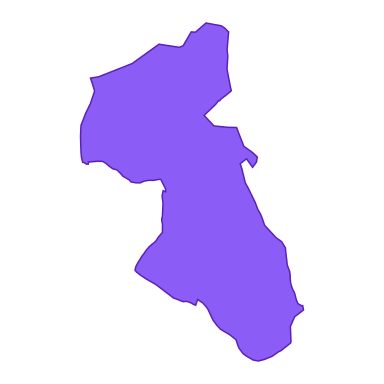 Sabuwa, Katsina, Nigeria (Natural Earth projection)
{"feature_id": "59680162B20254719160886", "entity_name": "Sabuwa", "entity_type": "district", "adm_level": 2, "iso_a3": "NGA", "parent_name": "Nigeria", "parent_adm1": "Katsina", "projection": "natural_earth1", "projection_center": [7.05, 11.346], "detail": "fine", "context": "isolated", "style": "filled", "palette": "violet", "viewbox_px": 384, "rotation_deg": 0, "n_neighbors": 0, "source": "geoboundaries", "source_scale": "gbopen_adm2", "svg_char_len": 2171}
<svg xmlns="http://www.w3.org/2000/svg" viewBox="0 0 384 384"><path d="M82.7,162.4L84.3,162.6L85.4,163.5L86.6,164.2L88.3,164.2L88.4,162.1L97.1,161.3L102.7,161.4L105.8,163.3L108.9,166.0L112.8,168.8L116.7,169.8L120.6,173.5L122.9,176.2L126.1,178.1L129.2,179.9L130.8,181.8L135.5,182.8L140.2,182.9L144.2,181.1L149.0,180.3L153.7,180.4L158.4,179.4L160.8,179.4L165.7,189.2L165.6,191.7L164.8,191.4L163.2,190.6L162.1,195.8L163.0,203.5L162.4,216.2L161.7,219.0L161.8,220.8L162.5,224.1L162.4,232.4L160.1,235.1L158.5,236.9L156.2,240.5L154.6,242.3L152.2,244.1L149.1,246.8L147.5,248.7L146.0,250.5L143.6,254.1L142.1,255.9L140.5,258.6L139.1,260.8L138.2,262.2L137.8,262.8L135.8,266.7L135.0,270.3L136.6,272.1L140.4,275.1L145.9,278.8L156.0,284.6L165.9,292.2L173.6,298.1L177.0,299.2L181.2,301.0L183.5,301.7L185.6,301.4L188.0,301.7L189.6,302.4L191.3,303.0L192.6,303.9L195.7,305.3L197.6,299.5L202.7,302.9L205.9,306.4L207.9,309.2L213.1,320.3L216.7,325.1L220.6,329.3L224.4,331.6L229.7,334.7L236.0,339.7L237.7,345.0L239.1,348.3L243.1,353.7L246.1,355.9L253.1,360.0L258.3,361.0L264.6,359.4L272.3,356.2L278.2,352.0L280.9,350.7L290.4,343.2L290.5,343.1L291.0,341.8L290.4,326.4L294.7,316.7L303.5,310.0L302.7,305.6L301.2,305.5L297.9,303.6L296.2,299.4L294.7,293.4L292.2,288.2L290.7,283.3L290.2,278.6L290.2,275.3L289.7,271.7L288.0,267.0L287.2,264.8L286.8,260.6L285.8,252.6L285.5,248.0L281.7,241.7L276.2,237.8L273.7,235.1L264.6,225.3L262.1,217.9L260.5,214.1L257.7,209.1L255.2,202.4L248.3,188.3L245.3,182.8L243.1,173.9L241.9,168.9L240.2,163.7L246.5,158.8L252.6,167.3L256.4,162.2L256.7,160.6L257.3,157.0L252.5,152.5L243.9,146.4L238.7,133.1L236.6,127.5L227.6,127.3L213.9,125.9L204.1,115.4L215.8,104.2L218.5,100.6L219.1,100.9L220.0,100.3L220.9,99.1L226.3,95.0L231.3,90.8L230.5,87.2L228.7,78.1L227.0,69.1L227.8,56.3L227.1,49.5L228.6,32.0L224.7,28.0L221.2,25.8L206.0,23.0L195.4,32.2L191.2,31.9L183.2,45.7L179.3,47.3L166.0,45.3L159.0,44.2L132.2,63.5L110.0,72.3L106.2,73.8L98.6,76.8L90.5,78.1L91.9,82.2L94.6,91.1L90.3,103.8L88.1,108.3L85.4,113.9L84.1,117.4L81.0,125.3L81.0,126.0L80.8,129.1L80.7,131.0L80.7,131.6L80.5,136.1L81.0,152.5L81.5,157.7L82.7,162.4Z" fill="#8b5cf6" stroke="#5b21b6" stroke-width="1.5"/></svg>